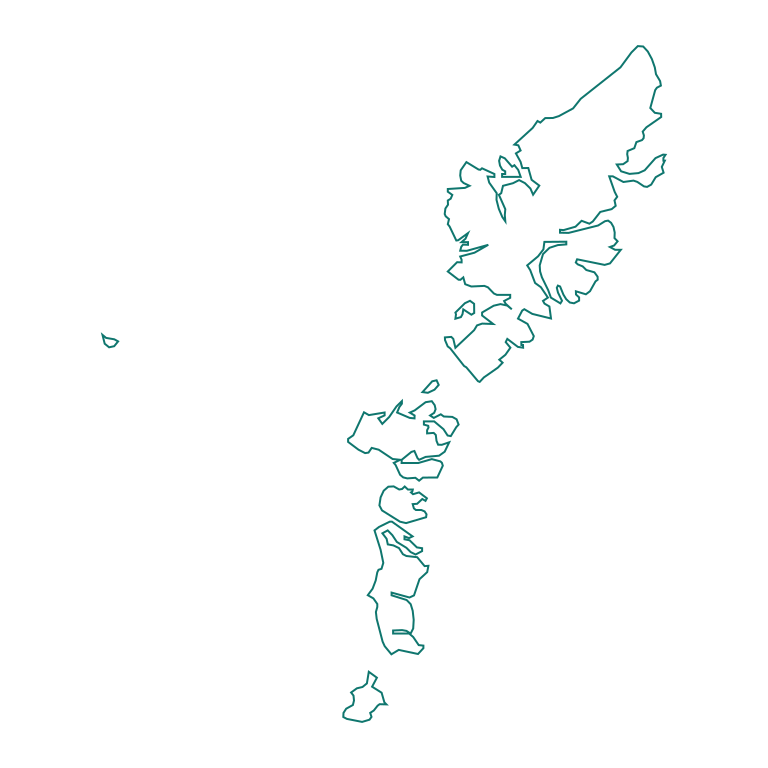 Eilean Siar, orthographic projection
{"feature_id": "GBR-2772", "entity_name": "Eilean Siar", "entity_type": "Island Area", "adm_level": 1, "iso_a3": "GBR", "parent_name": "United Kingdom", "parent_adm1": "", "projection": "orthographic", "projection_center": [-7.062, 57.727], "detail": "fine", "context": "isolated", "style": "outline", "palette": "teal", "viewbox_px": 768, "rotation_deg": 0, "n_neighbors": 0, "source": "natural_earth", "source_scale": "10m", "svg_char_len": 6122}
<svg xmlns="http://www.w3.org/2000/svg" viewBox="0 0 768 768"><path d="M483.9,377.4L479.7,381.9L478.0,381.2L466.3,367.3L464.1,366.0L450.2,348.3L447.7,346.4L445.0,340.0L444.9,337.4L451.3,336.9L453.3,338.9L455.4,347.8L474.1,330.2L477.0,325.4L482.2,323.6L493.2,324.0L482.1,315.5L482.1,312.5L493.7,305.7L500.5,304.1L507.3,305.6L511.8,309.3L505.6,303.7L504.1,301.0L510.2,297.8L510.2,294.9L497.0,294.9L493.9,293.5L487.9,287.3L484.4,285.9L471.3,286.5L465.2,284.2L463.3,277.4L460.4,279.8L458.5,279.7L447.8,271.5L457.1,262.2L461.6,262.4L461.6,259.7L460.2,256.5L474.5,252.7L488.3,244.8L466.9,250.8L460.2,250.7L461.3,246.7L463.0,244.6L468.0,244.8L468.0,242.1L461.6,242.1L465.5,238.7L468.0,233.1L458.1,240.3L456.3,240.5L449.6,226.5L447.8,224.2L449.0,219.1L445.7,216.3L444.7,214.0L445.4,208.5L448.0,204.7L447.8,200.5L450.7,198.7L452.3,194.9L447.8,191.7L447.8,189.0L464.9,187.9L469.5,185.8L463.6,183.0L461.2,180.7L460.2,175.5L460.7,170.3L466.4,162.1L478.5,169.5L480.3,169.8L482.0,168.3L494.4,174.0L494.4,177.0L487.6,176.5L489.2,182.6L496.7,193.2L496.5,199.8L498.8,208.8L502.3,217.0L505.3,221.3L504.8,215.0L505.3,209.2L498.9,194.8L501.2,193.2L503.0,185.8L513.0,183.2L519.1,180.1L524.9,183.1L530.4,188.5L533.1,194.7L539.3,185.6L531.6,179.8L528.3,168.0L522.3,168.1L520.6,161.9L515.9,153.4L520.6,150.5L518.3,145.3L514.4,144.6L532.7,127.9L537.5,121.0L540.3,122.6L545.2,118.1L552.9,118.0L558.9,116.1L573.1,108.4L580.7,98.8L620.5,67.3L631.4,52.5L637.8,46.1L643.2,46.5L647.8,51.5L651.9,59.1L654.8,67.4L656.0,74.2L660.1,81.1L660.9,85.6L656.9,87.7L655.2,90.1L650.3,108.0L654.8,112.8L661.1,113.8L661.2,117.0L646.4,127.3L642.7,131.6L643.9,135.4L643.6,138.2L642.0,140.1L636.4,142.1L634.3,148.2L627.6,151.0L627.2,154.2L627.9,157.9L627.6,161.1L623.1,164.2L616.8,164.5L621.1,171.3L629.5,173.9L638.5,173.1L644.7,170.3L655.5,158.1L663.1,154.6L665.5,154.8L663.4,158.0L663.4,160.7L664.8,160.7L661.8,166.9L663.6,172.7L655.7,177.2L651.2,184.6L647.1,186.9L644.0,186.4L637.3,181.9L633.5,180.6L623.4,182.0L612.8,176.3L609.2,176.3L614.7,191.9L617.2,196.8L614.5,200.4L615.7,205.8L611.7,209.1L600.3,211.9L592.8,221.5L589.4,223.7L581.6,220.8L575.5,226.7L563.6,230.1L560.0,229.8L560.0,232.7L568.6,232.9L598.1,225.5L605.0,221.2L608.1,220.6L611.1,222.8L613.5,227.0L614.7,232.5L614.5,238.1L617.6,241.3L614.1,245.5L609.9,247.0L615.1,249.8L620.8,249.8L610.0,263.4L604.6,264.9L577.1,259.3L575.8,262.5L577.8,264.4L582.7,266.4L586.3,270.0L594.4,272.3L597.6,276.7L597.7,279.7L595.5,281.4L590.0,291.2L585.9,294.3L575.9,291.3L576.0,294.5L579.1,297.4L579.1,300.6L574.0,303.3L569.8,302.5L566.2,299.2L563.4,294.6L560.1,286.5L557.9,285.6L556.8,287.8L558.0,292.6L562.0,300.8L560.4,303.4L550.9,297.6L548.2,290.2L541.9,277.3L540.1,271.5L539.7,265.4L543.0,254.1L549.5,247.8L557.8,245.1L566.3,244.4L566.3,241.7L544.4,241.9L543.4,249.4L538.1,256.3L527.2,265.4L530.2,270.1L535.1,283.0L540.9,287.2L547.9,297.6L543.0,300.9L544.5,303.6L549.4,306.5L551.0,318.5L532.3,313.9L524.3,309.2L522.2,310.6L518.0,318.6L527.5,323.9L533.8,336.1L532.6,339.6L529.5,341.7L521.3,342.1L521.4,345.0L523.0,345.0L523.1,347.7L517.9,346.9L507.3,338.9L505.7,342.1L510.4,347.7L505.4,354.8L499.3,359.7L502.6,362.7L497.9,367.6L483.9,377.4ZM443.8,416.5L452.3,416.9L456.6,419.3L458.6,424.6L456.3,427.1L450.8,436.1L447.6,435.5L443.5,429.2L434.2,421.4L423.9,421.4L423.9,424.6L428.2,425.8L428.5,427.5L427.1,430.2L427.1,433.4L433.7,432.9L435.8,435.0L436.5,440.8L438.1,444.7L441.8,444.8L449.2,442.3L444.7,451.7L439.1,455.7L425.6,456.9L419.1,459.8L417.5,458.1L414.4,451.0L411.4,451.9L401.7,459.8L401.6,463.0L418.3,463.0L431.8,459.1L440.4,461.4L441.9,462.8L442.8,465.7L437.3,477.5L422.9,477.6L419.1,480.7L415.4,477.8L407.3,478.4L403.2,477.4L400.1,474.8L395.6,465.0L393.8,462.9L400.2,459.8L392.6,459.0L378.7,449.7L371.7,447.9L368.5,452.6L365.1,453.1L358.5,449.7L348.1,441.9L348.1,438.9L353.3,435.3L364.0,412.3L368.9,415.1L384.6,412.5L384.6,415.4L378.3,418.3L382.3,423.9L389.2,417.0L396.5,406.4L401.9,401.1L401.9,403.7L399.4,407.0L397.1,412.5L409.7,417.9L414.5,418.4L414.6,415.5L409.8,412.6L414.7,410.4L425.6,402.2L431.8,401.2L434.7,405.2L435.6,409.2L434.2,412.8L430.1,415.5L433.8,417.9L440.8,414.3L443.8,416.5ZM417.2,557.2L424.6,566.1L428.4,565.8L427.2,572.1L419.5,579.2L414.0,595.4L409.5,597.5L391.6,592.6L391.6,595.3L406.6,600.0L410.7,604.2L412.7,610.8L413.7,619.9L413.2,628.5L410.6,633.6L406.5,630.9L402.1,630.1L393.1,630.5L393.1,633.5L409.1,633.5L413.2,637.0L418.7,645.1L423.4,645.6L423.4,648.2L418.0,654.0L398.7,649.9L391.4,654.3L384.7,646.2L382.6,641.6L376.7,618.9L375.9,612.0L377.3,607.0L377.3,604.0L373.4,598.4L367.8,595.2L372.6,588.7L375.7,580.5L377.3,572.3L378.5,569.8L381.5,568.8L383.3,562.9L380.6,549.8L374.5,530.4L379.1,526.9L389.7,521.7L392.0,521.7L412.6,536.4L409.0,538.1L404.5,536.4L404.5,539.3L409.6,540.3L416.9,547.4L422.1,548.2L422.1,551.1L415.6,554.5L410.7,552.1L406.4,547.8L396.8,541.9L392.3,535.1L387.7,530.4L382.4,533.3L386.6,538.8L387.8,544.4L393.4,545.4L399.0,548.1L402.9,554.2L406.4,556.0L417.2,557.2ZM412.8,489.5L412.3,491.6L411.0,492.4L413.0,494.2L419.1,492.4L426.9,498.3L425.5,500.9L422.3,499.0L417.1,503.8L412.7,504.1L413.9,508.4L415.9,510.0L421.3,510.0L424.6,511.4L426.5,514.3L426.1,517.2L406.1,523.1L400.0,521.7L382.0,510.4L379.4,505.4L380.6,497.4L383.7,490.7L388.3,486.7L393.7,486.4L399.2,489.5L402.1,489.0L404.7,486.5L407.9,489.5L412.8,489.5ZM381.6,692.7L384.4,702.4L386.4,704.4L379.6,704.2L377.6,705.7L373.8,710.5L370.2,712.9L371.5,716.9L369.5,719.7L362.1,721.9L346.9,718.9L343.3,717.0L343.5,712.9L346.2,708.7L352.9,705.0L354.0,700.5L353.5,695.6L351.1,692.5L356.9,688.3L362.5,687.0L366.9,683.4L368.8,671.8L376.9,677.7L372.1,686.7L381.6,692.7ZM502.1,174.0L505.2,174.0L505.2,171.3L502.3,169.7L500.0,165.6L499.1,160.8L500.5,156.4L504.8,158.3L512.1,166.7L514.4,165.2L518.2,169.9L520.7,176.9L502.1,176.9L502.1,174.0ZM463.3,309.4L462.5,314.2L460.9,317.1L455.4,318.7L456.0,314.3L455.4,312.6L464.9,303.2L470.0,300.8L474.1,303.8L474.2,313.0L471.4,314.7L463.3,309.4ZM422.5,392.1L432.2,381.3L436.6,380.3L438.7,384.9L434.5,389.7L427.9,392.8L422.5,392.1ZM102.5,334.9L106.1,337.9L114.3,339.3L118.1,341.4L114.2,346.2L109.1,347.3L104.7,343.7L102.5,334.9Z" fill="none" stroke="#0f766e" stroke-width="2"/></svg>